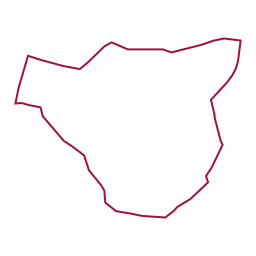 Galshir, Hentiy, Mongolia (Robinson projection)
{"feature_id": "93677404B72547167231090", "entity_name": "Galshir", "entity_type": "district", "adm_level": 2, "iso_a3": "MNG", "parent_name": "Mongolia", "parent_adm1": "Hentiy", "projection": "robinson", "projection_center": [110.788, 46.508], "detail": "fine", "context": "isolated", "style": "outline", "palette": "rose", "viewbox_px": 256, "rotation_deg": 0, "n_neighbors": 0, "source": "geoboundaries", "source_scale": "gbopen_adm2", "svg_char_len": 678}
<svg xmlns="http://www.w3.org/2000/svg" viewBox="0 0 256 256"><path d="M165.3,217.5L173.2,211.3L177.5,206.8L190.5,198.9L208.1,182.3L206.0,176.0L211.7,167.5L222.6,144.7L220.6,140.7L214.8,118.2L214.3,113.6L211.0,99.8L227.0,82.4L232.5,75.0L235.9,68.4L238.0,61.2L240.6,40.5L224.1,38.5L213.8,40.6L200.8,45.0L171.5,52.4L162.8,49.4L127.9,49.4L116.5,44.5L111.5,42.4L104.5,46.3L87.2,63.0L79.7,69.1L63.3,66.0L41.8,60.2L28.0,55.8L18.6,87.9L15.4,103.5L21.7,103.0L28.6,105.0L40.5,107.3L40.8,108.5L42.8,116.3L63.8,140.9L71.6,146.0L84.1,155.4L88.9,170.2L101.0,185.1L104.3,190.5L105.3,202.6L115.9,211.1L131.5,213.7L141.9,215.9L165.3,217.5Z" fill="none" stroke="#9f1239" stroke-width="2"/></svg>